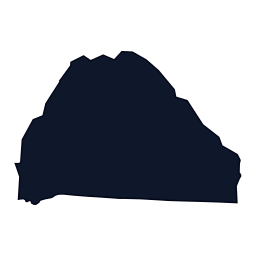 outline of Polk, North Carolina, United States of America
{"feature_id": "52423323B70248035417131", "entity_name": "Polk", "entity_type": "district", "adm_level": 2, "iso_a3": "USA", "parent_name": "United States of America", "parent_adm1": "North Carolina", "projection": "robinson", "projection_center": [-82.192, 35.297], "detail": "fine", "context": "isolated", "style": "filled", "palette": "ink", "viewbox_px": 256, "rotation_deg": 0, "n_neighbors": 0, "source": "geoboundaries", "source_scale": "gbopen_adm2", "svg_char_len": 1034}
<svg xmlns="http://www.w3.org/2000/svg" viewBox="0 0 256 256"><path d="M96.8,196.6L108.4,197.4L114.1,197.8L119.0,198.2L124.2,198.2L140.5,198.6L159.2,199.7L168.6,200.3L192.0,201.0L197.0,201.1L218.7,201.8L236.9,202.6L236.1,186.0L239.3,178.2L240.0,177.2L240.6,176.0L240.6,175.6L240.5,175.0L240.0,174.4L239.8,173.5L239.0,172.8L239.2,163.6L239.3,163.4L240.0,160.2L237.2,154.6L221.9,145.8L218.8,137.4L202.7,124.8L187.1,100.7L175.7,97.2L174.2,89.7L158.3,70.6L146.0,59.9L132.4,52.2L121.9,51.7L114.3,60.0L103.2,55.2L90.6,60.8L83.6,56.0L71.0,62.3L70.9,65.6L59.8,80.8L60.4,81.2L46.0,103.6L43.1,115.8L33.3,119.7L22.4,139.6L20.8,162.4L19.2,163.7L18.1,163.7L15.4,163.6L19.9,176.7L19.8,178.1L18.5,199.2L20.5,198.8L23.6,198.6L25.5,199.7L26.1,201.3L26.5,201.5L27.4,201.4L29.7,200.3L30.2,200.3L31.5,201.4L31.6,202.9L33.7,204.1L35.7,204.3L38.8,202.2L39.9,200.3L40.5,200.0L44.9,198.7L51.6,197.4L55.5,194.9L58.9,194.0L59.8,194.0L63.2,193.9L73.1,194.9L88.2,196.1L88.5,196.1L96.6,196.6L96.8,196.6Z" fill="#0f172a" stroke="#020617" stroke-width="1.5"/></svg>